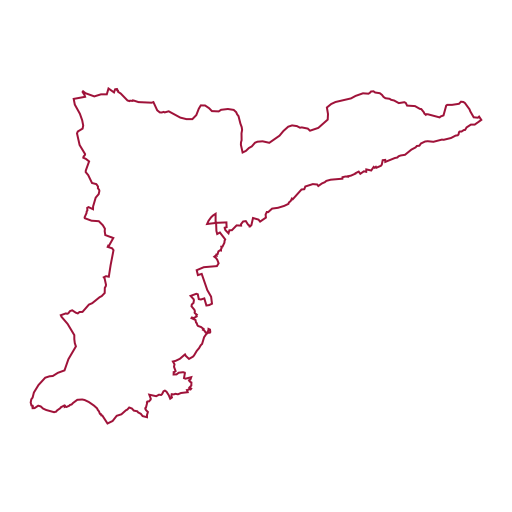 Sieu, Bistrita-Nasaud, Romania
{"feature_id": "2599482B45546985901093", "entity_name": "Sieu", "entity_type": "district", "adm_level": 2, "iso_a3": "ROU", "parent_name": "Romania", "parent_adm1": "Bistrita-Nasaud", "projection": "orthographic", "projection_center": [24.629, 47.002], "detail": "fine", "context": "isolated", "style": "outline", "palette": "rose", "viewbox_px": 512, "rotation_deg": 0, "n_neighbors": 0, "source": "geoboundaries", "source_scale": "gbopen_adm2", "svg_char_len": 5988}
<svg xmlns="http://www.w3.org/2000/svg" viewBox="0 0 512 512"><path d="M481.3,119.9L479.1,116.6L477.9,117.7L473.7,117.3L470.3,111.4L469.5,109.3L464.9,103.0L463.4,102.0L461.0,101.7L459.0,103.8L451.8,104.9L447.2,104.9L446.2,105.6L443.5,115.4L440.6,116.5L439.6,117.4L428.0,114.3L426.3,114.2L425.8,114.8L424.3,113.5L424.0,112.5L421.3,109.1L419.9,108.9L415.0,106.1L407.1,105.6L405.8,103.0L404.4,102.2L398.8,103.1L394.1,100.5L391.1,99.8L389.6,98.8L385.4,98.2L383.5,96.9L382.0,94.9L379.8,93.2L375.1,92.5L373.5,91.3L371.0,91.5L370.0,92.7L368.5,93.7L363.0,93.3L355.6,95.9L351.0,98.4L335.5,102.0L331.2,104.0L326.9,107.5L328.0,114.1L327.7,119.6L318.3,127.9L310.0,130.7L307.8,128.6L301.8,127.4L300.0,127.7L296.9,126.1L292.1,125.4L288.2,126.7L283.4,131.0L279.5,135.7L269.3,142.8L262.6,141.3L257.5,141.7L255.0,142.7L251.8,146.4L248.9,148.0L245.9,150.9L242.6,152.5L240.9,144.8L241.0,142.3L241.6,140.2L241.5,133.3L242.1,129.9L241.7,127.1L240.4,123.6L238.5,116.1L237.1,114.3L236.2,112.2L233.7,109.9L227.9,109.0L221.1,109.8L218.7,111.4L211.9,111.1L209.1,108.2L205.1,105.5L200.8,105.4L198.8,108.7L196.3,115.1L192.4,119.1L186.3,119.1L180.3,117.6L168.7,111.3L164.7,112.4L163.7,111.9L161.7,112.5L159.8,112.4L157.2,110.3L153.4,102.1L151.7,102.7L138.5,102.1L133.6,100.5L132.8,100.4L132.6,100.9L130.0,100.7L129.5,101.1L127.5,100.5L120.8,93.6L118.1,91.8L118.0,90.8L117.2,90.4L117.3,89.5L117.0,89.0L115.1,89.3L114.0,92.4L108.5,88.5L106.8,94.3L101.1,94.3L94.3,96.4L85.5,93.2L83.1,91.3L82.6,92.0L84.5,95.0L85.1,96.8L73.7,98.9L74.8,104.6L79.9,113.8L82.2,120.3L83.2,125.5L82.6,128.6L77.8,131.5L77.0,133.4L79.6,145.0L85.1,154.1L84.9,155.0L83.6,156.5L83.3,157.7L85.9,158.9L89.1,161.4L85.8,170.5L85.7,172.1L88.2,175.1L92.0,183.0L96.3,184.1L97.4,185.6L98.0,186.6L97.9,188.2L99.1,189.8L99.4,190.9L98.7,194.1L95.7,197.6L93.1,206.4L93.0,209.2L88.5,207.1L87.2,207.9L87.4,210.4L86.7,211.4L86.5,213.1L84.6,217.3L84.8,218.2L91.5,220.7L98.8,221.2L102.8,225.2L104.9,228.7L104.7,231.2L105.3,235.1L113.3,238.0L108.8,246.0L108.2,245.7L107.7,246.9L112.1,248.3L113.5,250.2L110.6,265.2L108.8,276.7L106.0,276.2L103.8,277.3L104.6,278.4L106.0,284.8L105.8,286.1L104.8,287.9L104.7,293.0L101.7,296.1L99.6,297.2L92.2,303.2L88.9,304.6L82.5,311.9L79.5,312.0L77.8,313.4L75.8,312.7L72.2,310.3L70.0,311.1L68.3,313.3L67.1,313.8L65.9,313.4L60.8,315.2L61.5,316.8L67.6,323.9L74.3,335.1L74.3,339.1L74.8,343.1L75.9,346.4L68.4,359.2L64.5,370.4L57.9,372.8L52.8,376.0L49.5,376.3L45.2,377.7L38.5,385.0L33.9,392.5L32.6,397.6L31.3,399.3L30.7,402.5L31.4,405.4L32.6,405.7L32.9,406.2L32.4,406.7L32.6,408.2L34.6,408.1L38.2,405.7L40.7,406.4L43.1,408.6L46.2,410.0L54.1,412.2L56.2,411.6L57.0,410.5L60.4,408.1L60.8,407.3L64.5,405.4L64.9,405.6L64.8,406.9L65.5,406.6L66.4,407.0L69.3,405.7L70.0,404.9L71.6,404.5L73.0,403.0L77.3,399.8L82.3,399.5L84.6,400.0L88.8,402.0L94.0,405.6L97.1,408.4L97.7,409.8L99.0,411.4L99.9,413.8L100.8,414.0L101.3,415.4L102.3,415.5L107.5,423.5L112.6,421.0L116.7,415.8L121.4,414.3L125.9,410.3L127.3,409.6L129.2,407.5L131.9,408.5L133.8,410.6L137.3,411.3L138.1,412.4L140.8,413.8L142.6,416.1L147.0,417.2L147.0,415.0L147.9,412.0L146.0,410.1L145.3,408.8L145.3,408.1L145.9,407.7L147.1,403.1L146.9,402.2L147.4,401.5L149.0,401.4L150.6,399.6L150.8,398.8L149.3,394.7L156.2,396.2L159.0,394.7L161.1,395.0L162.1,394.1L163.5,391.3L164.9,390.6L166.5,391.7L168.8,395.3L170.2,398.7L171.9,397.5L171.4,395.9L171.7,394.2L173.8,394.4L175.4,393.8L177.9,394.3L181.0,393.0L187.7,392.2L187.0,390.1L187.8,390.1L188.7,389.2L190.5,389.5L191.2,388.6L189.5,387.4L191.3,385.6L191.4,382.5L189.7,381.5L189.0,380.3L190.4,379.5L191.2,377.2L185.5,378.7L184.0,378.1L184.9,373.1L184.8,372.7L183.1,372.2L178.7,372.7L176.5,374.4L173.6,374.5L173.7,372.1L174.3,372.1L175.6,371.1L174.0,366.8L174.5,364.3L172.9,361.5L175.5,360.9L179.9,358.8L185.0,354.4L185.8,355.9L189.0,358.9L192.9,356.7L194.0,355.5L196.8,350.8L199.1,348.1L200.7,345.3L202.1,343.9L204.1,337.2L206.3,334.0L208.4,332.6L209.8,332.7L210.3,332.0L210.0,329.6L208.5,328.9L208.4,330.1L207.7,332.0L206.7,332.6L205.5,332.4L204.5,330.7L203.0,329.8L203.6,329.0L201.0,327.0L198.1,326.0L197.4,325.2L196.7,323.1L196.0,322.5L195.5,320.0L191.5,318.1L191.9,317.5L193.7,318.1L196.7,316.4L196.3,315.2L196.8,314.7L194.8,313.1L194.6,312.5L194.9,311.3L194.4,309.8L191.5,306.3L191.8,304.5L193.5,302.9L193.9,300.3L193.7,299.3L190.6,295.9L196.3,293.8L197.8,294.3L198.8,299.1L200.9,299.5L204.3,298.4L206.4,305.5L209.1,305.1L212.0,303.7L211.1,296.7L207.3,290.1L201.7,273.9L197.9,275.1L196.7,270.2L203.8,267.2L216.9,266.1L218.6,263.3L217.3,259.9L216.1,258.1L214.3,256.7L215.8,255.5L216.6,255.7L216.4,254.5L217.6,254.1L218.4,251.4L220.0,250.3L221.0,250.5L221.0,249.2L221.6,248.1L221.3,246.7L222.5,246.6L224.4,242.7L224.6,240.7L225.2,239.4L219.9,232.5L217.2,234.0L216.4,230.9L216.1,222.9L207.1,224.0L208.5,220.9L211.1,217.3L213.0,215.5L215.6,213.8L215.6,222.2L217.4,222.8L226.4,222.4L226.6,227.2L224.7,227.7L224.8,228.5L225.4,230.1L228.5,233.3L229.4,230.3L231.9,230.2L236.6,225.4L241.1,225.6L241.0,224.2L243.1,221.5L245.8,221.1L248.1,224.7L249.2,225.4L249.5,226.5L250.0,226.5L251.4,225.1L253.0,218.0L258.5,219.6L260.1,221.6L265.9,217.6L265.6,214.6L266.8,212.0L268.2,212.1L272.1,208.6L278.0,207.8L284.2,205.9L288.4,203.9L288.9,202.5L290.6,201.1L291.9,198.6L292.7,199.3L301.5,189.5L304.3,189.2L305.3,186.5L312.8,184.1L317.2,184.5L318.3,186.0L322.0,183.4L324.8,182.2L326.3,180.9L330.7,179.7L342.4,178.7L342.5,177.2L345.5,176.5L348.0,176.7L347.9,176.2L350.8,175.7L355.5,173.6L355.5,173.2L358.7,171.6L360.3,173.8L363.9,171.3L366.2,171.8L366.3,169.4L371.2,170.5L373.7,166.9L374.8,167.8L375.9,166.8L376.5,167.7L380.9,165.8L381.8,164.6L382.7,160.2L385.2,159.9L385.3,161.9L394.9,158.0L397.4,157.5L398.5,156.3L400.6,155.5L405.0,154.8L411.4,149.6L415.6,147.4L416.8,146.0L419.4,145.7L420.9,143.5L425.1,141.5L427.7,141.2L433.4,141.8L441.9,139.6L443.7,139.8L451.0,138.0L455.6,135.6L457.7,135.3L458.5,134.5L459.0,132.2L459.7,131.5L461.6,131.5L463.7,130.1L465.1,129.9L466.6,127.4L470.9,124.6L474.7,124.6L481.3,119.9Z" fill="none" stroke="#9f1239" stroke-width="2"/></svg>